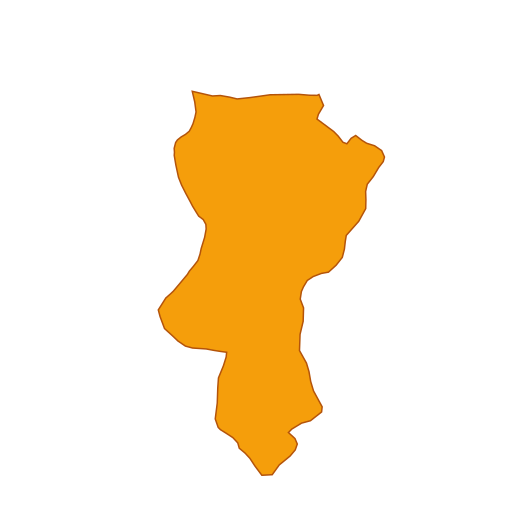 Pakan, Sarawak, Malaysia (orthographic projection), rotated 40°
{"feature_id": "92858781B78593379458192", "entity_name": "Pakan", "entity_type": "district", "adm_level": 2, "iso_a3": "MYS", "parent_name": "Malaysia", "parent_adm1": "Sarawak", "projection": "orthographic", "projection_center": [111.704, 1.792], "detail": "fine", "context": "isolated", "style": "filled", "palette": "amber", "viewbox_px": 512, "rotation_deg": 40, "n_neighbors": 0, "source": "geoboundaries", "source_scale": "gbopen_adm2", "svg_char_len": 1731}
<svg xmlns="http://www.w3.org/2000/svg" viewBox="0 0 512 512"><g transform="rotate(40 256 256)"><path d="M329.5,407.0L337.2,411.6L340.4,411.9L347.5,410.9L355.1,410.0L362.2,410.9L366.7,414.0L374.2,414.0L381.3,414.9L390.3,417.6L401.4,420.2L403.9,417.9L409.0,413.1L408.1,401.1L410.7,387.3L410.7,379.3L408.5,373.5L403.2,370.8L394.3,370.4L394.7,365.5L398.3,354.8L403.6,347.2L406.5,333.3L403.6,329.0L386.8,322.4L378.6,317.0L370.9,310.5L363.5,305.6L350.1,300.5L340.1,287.7L334.1,275.7L325.8,265.2L317.6,260.6L313.6,254.0L312.2,249.2L311.0,241.8L313.0,235.0L317.3,227.3L321.9,221.8L323.3,211.6L323.0,201.6L319.3,193.9L315.0,187.4L311.9,182.2L312.4,163.4L309.6,149.2L303.9,142.1L298.5,136.1L295.1,129.5L294.8,119.8L293.1,109.3L292.8,101.9L290.8,97.6L290.0,97.2L284.5,94.5L276.0,95.3L268.3,98.5L262.9,99.3L254.9,99.6L253.2,104.7L253.5,111.6L249.5,113.0L241.8,111.3L235.5,110.7L214.7,111.9L212.7,107.3L211.0,97.3L200.4,91.8L199.6,93.6L193.6,98.5L184.8,104.7L163.1,123.5L156.9,130.4L149.2,138.9L140.6,147.8L133.8,151.2L125.5,156.0L119.8,161.4L101.3,170.8L103.3,172.3L110.1,177.4L117.5,184.2L120.1,189.1L122.7,195.1L123.8,199.0L124.7,203.3L123.8,208.2L122.1,213.0L121.2,217.6L121.5,220.7L124.1,226.1L126.9,229.0L128.7,231.5L136.1,237.8L146.0,245.5L153.4,249.5L162.0,253.2L169.1,256.0L175.4,258.6L182.2,260.9L186.5,262.3L192.2,262.0L197.3,264.0L200.5,267.4L204.7,274.8L209.3,285.7L211.9,290.5L214.4,296.8L214.7,303.9L214.7,310.5L215.3,314.2L215.3,336.1L214.7,341.0L213.9,346.1L215.8,360.1L221.5,364.1L232.6,370.4L243.3,370.8L250.9,371.3L259.8,370.4L266.5,367.3L277.6,359.2L284.7,355.2L290.5,351.7L295.4,348.6L298.1,352.6L301.6,361.0L305.6,373.5L311.4,381.5L320.8,393.5L329.5,407.0Z" fill="#f59e0b" stroke="#b45309" stroke-width="1.5"/></g></svg>